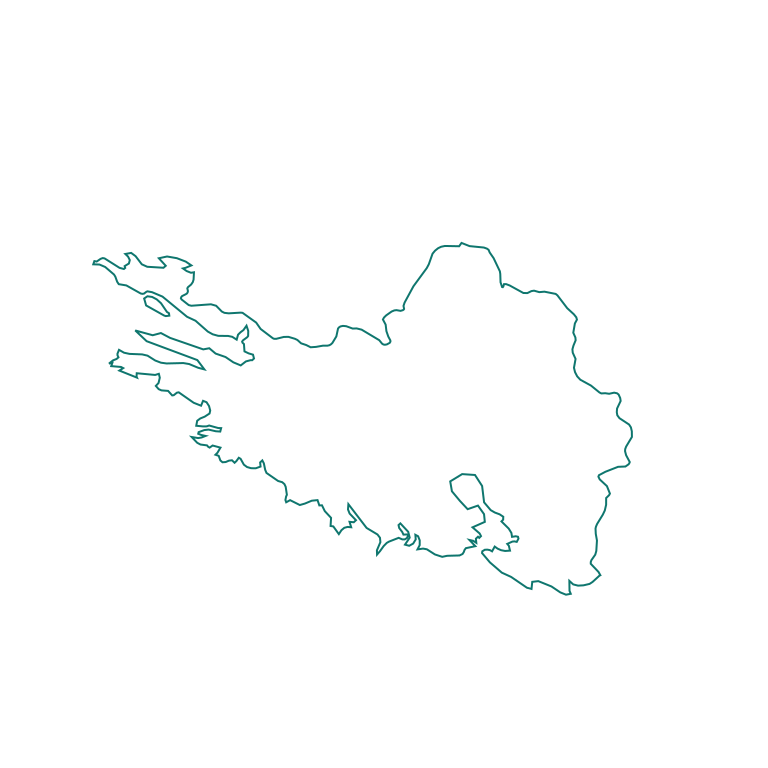 outline of Cork, rotated 47°
{"feature_id": "IRL-78", "entity_name": "Cork", "entity_type": "County", "adm_level": 1, "iso_a3": "IRL", "parent_name": "Ireland", "parent_adm1": "", "projection": "albers", "projection_center": [-9.037, 51.912], "detail": "fine", "context": "isolated", "style": "outline", "palette": "teal", "viewbox_px": 768, "rotation_deg": 47, "n_neighbors": 0, "source": "natural_earth", "source_scale": "10m", "svg_char_len": 6162}
<svg xmlns="http://www.w3.org/2000/svg" viewBox="0 0 768 768"><g transform="rotate(47 384 384)"><path d="M671.4,356.2L671.1,357.0L671.0,366.5L670.4,370.0L667.3,375.4L663.8,379.6L659.6,382.3L654.4,382.7L661.8,389.4L664.8,390.5L662.2,394.6L656.6,397.2L646.3,399.6L633.4,405.6L629.8,410.5L634.5,415.9L630.5,418.4L611.8,422.6L602.3,426.5L586.7,428.2L574.5,427.6L573.4,426.2L574.0,423.3L575.7,421.3L577.8,419.8L580.1,419.1L578.4,413.9L581.9,413.2L585.4,411.7L588.7,409.3L591.8,405.5L587.4,403.0L585.0,402.9L586.8,397.6L588.0,396.0L590.0,394.6L588.8,391.1L587.1,390.2L585.2,391.5L583.1,394.6L579.8,392.4L574.8,391.4L564.6,391.8L564.5,389.4L562.4,387.3L558.2,388.3L553.6,390.6L549.0,392.0L538.8,391.5L525.5,381.8L512.6,379.5L503.2,388.3L500.4,402.0L508.8,407.5L521.2,408.2L532.6,408.2L537.0,398.2L547.4,399.6L553.6,404.3L549.2,417.0L558.5,416.0L561.4,416.8L561.5,419.3L559.8,419.4L559.8,422.3L563.1,424.8L559.5,425.7L556.3,427.9L564.9,427.8L559.9,436.1L560.3,438.3L561.3,440.2L561.9,442.5L560.9,445.7L552.7,455.0L550.1,459.3L543.4,463.0L534.1,465.4L531.0,467.7L527.8,472.3L526.2,467.8L522.7,464.5L518.6,462.9L515.7,463.9L519.3,466.8L520.6,471.5L519.5,475.9L515.8,478.2L513.9,470.0L508.6,467.1L497.1,467.1L497.1,469.6L499.7,471.1L504.7,471.6L507.4,472.5L509.7,469.8L511.2,469.4L512.3,472.4L511.8,474.8L510.1,476.6L506.5,478.2L502.7,487.8L502.1,490.3L502.3,494.8L503.5,500.8L504.0,505.4L500.8,502.6L497.2,494.5L493.7,491.8L489.6,491.4L477.4,494.9L447.6,492.0L451.2,495.9L455.3,497.5L464.5,497.4L464.5,500.4L461.3,503.2L466.4,505.7L463.7,508.1L462.1,511.1L461.9,514.8L463.0,519.4L453.6,518.2L451.4,519.9L445.8,514.0L436.6,514.0L430.4,512.1L428.7,514.1L423.6,511.8L420.1,516.4L417.5,523.4L415.1,528.1L404.9,531.9L403.8,536.2L401.6,535.2L399.5,532.3L398.8,530.6L392.1,526.0L389.3,525.1L386.4,525.4L382.7,527.6L368.9,530.6L365.7,529.4L360.1,526.0L356.9,525.1L356.9,528.1L360.2,530.6L358.2,535.2L355.0,538.6L351.3,540.8L347.4,541.5L340.9,539.9L338.9,540.5L339.7,544.5L339.7,547.0L336.1,547.2L334.3,549.7L333.1,553.0L331.1,555.5L328.3,555.8L323.8,553.9L320.8,555.5L320.7,552.7L319.0,547.0L312.1,551.3L311.6,554.9L310.1,555.4L308.2,555.3L303.1,559.5L299.6,560.7L291.6,560.8L296.8,556.8L298.7,553.9L300.3,549.9L296.7,552.4L293.7,553.8L292.8,552.4L295.1,546.9L297.7,543.4L303.9,539.2L307.1,536.2L305.2,533.2L303.1,535.3L295.1,540.2L294.1,542.5L291.7,545.2L286.5,549.8L283.5,545.7L283.9,541.9L285.6,537.4L286.6,531.7L284.9,529.2L280.8,527.0L276.3,526.2L272.9,527.8L275.1,532.6L267.9,536.0L250.1,539.8L249.1,541.4L248.8,545.4L247.9,546.7L241.8,546.6L236.9,551.1L234.1,552.3L229.8,552.2L229.5,548.2L226.5,543.7L223.0,541.7L221.3,545.2L207.5,557.5L209.8,559.9L210.9,560.3L193.7,568.4L194.5,563.9L192.2,564.7L184.9,571.3L183.3,568.3L181.5,571.2L181.9,566.1L183.3,562.5L183.4,560.0L181.2,559.3L180.1,558.3L178.3,554.5L183.8,552.8L188.4,549.6L197.4,540.7L202.0,537.6L210.8,535.3L216.3,532.6L220.7,529.0L231.8,516.5L236.5,512.9L245.5,508.8L250.8,505.4L239.2,504.2L190.8,528.4L175.2,529.4L190.6,519.9L194.6,512.4L204.4,509.0L235.4,492.6L238.7,487.4L246.9,486.4L256.2,481.5L265.4,479.4L272.7,476.1L273.3,469.6L275.6,465.3L276.7,464.2L276.7,461.7L273.2,459.8L269.3,462.1L265.0,463.8L259.3,459.2L257.2,459.3L256.2,458.8L255.9,457.2L256.5,452.1L256.2,450.6L252.6,447.1L247.6,444.8L248.7,450.0L248.3,453.7L248.4,457.1L251.1,461.5L246.0,462.8L242.6,465.2L235.7,472.4L230.8,475.4L225.5,477.1L209.2,478.7L200.5,482.2L169.0,486.4L158.7,491.0L154.9,493.8L154.5,494.9L154.2,497.9L153.3,499.2L151.9,500.2L136.2,505.2L130.1,509.9L127.2,509.4L122.3,507.3L119.8,506.8L108.3,508.1L102.6,510.6L98.2,515.0L96.6,512.0L98.5,510.6L99.2,505.9L100.1,503.8L101.6,502.7L118.7,498.2L122.5,495.8L122.6,494.1L120.9,493.3L121.9,488.4L120.0,485.4L116.3,484.3L112.5,484.5L115.7,479.5L121.1,478.5L131.3,479.5L136.8,477.2L148.6,466.0L148.7,463.0L138.5,462.9L142.8,455.7L150.7,449.7L159.3,445.5L165.9,444.0L163.7,449.9L162.4,452.2L166.8,451.3L171.0,449.3L172.7,446.8L177.8,452.1L179.1,454.4L179.7,457.2L179.5,461.4L179.9,462.6L182.3,464.0L183.0,465.0L183.4,466.2L183.2,467.6L182.0,471.7L182.2,473.1L182.8,474.1L184.1,474.4L193.1,473.0L195.4,471.5L207.7,456.2L212.3,453.4L220.4,453.2L223.1,452.2L226.4,449.4L234.1,440.1L235.5,438.9L251.9,435.6L259.6,436.7L274.7,434.1L275.9,433.6L277.4,432.1L281.3,425.1L284.4,421.7L290.2,418.3L292.8,417.3L297.7,416.9L302.5,414.3L307.1,412.6L310.5,408.4L314.4,402.4L317.4,399.2L318.4,397.5L318.8,395.8L318.8,393.8L316.7,386.4L312.1,379.8L311.9,378.3L312.2,376.6L313.5,374.4L316.0,372.2L322.1,369.1L324.7,366.1L329.0,363.3L348.7,357.6L353.2,357.9L354.7,357.5L355.9,356.6L357.0,354.9L357.8,351.8L357.4,350.4L356.4,349.6L352.2,348.5L347.0,346.2L341.7,342.3L336.1,340.8L335.4,338.7L335.3,335.6L336.2,329.0L337.2,326.3L338.5,324.5L341.8,322.0L342.9,319.8L343.0,318.7L342.8,318.1L340.2,316.5L338.5,313.4L332.6,295.8L328.4,273.7L327.0,269.6L321.8,259.6L321.3,255.7L321.6,251.8L322.6,248.6L324.6,245.3L334.5,235.1L333.7,231.1L341.5,227.4L352.3,217.9L355.2,216.4L357.2,216.0L359.9,217.0L366.7,218.0L380.6,222.4L382.8,223.9L389.1,229.4L393.6,231.5L394.2,231.1L394.1,230.3L392.8,228.1L394.2,226.6L397.6,224.9L412.5,220.0L415.3,217.1L416.6,212.8L418.1,210.6L422.7,207.8L425.9,203.7L435.2,197.0L437.4,196.7L453.5,198.3L462.5,197.6L466.4,197.9L468.5,199.0L469.9,203.1L475.6,210.6L480.5,212.3L482.7,214.0L485.1,219.2L487.1,222.5L489.8,224.6L496.3,226.8L501.7,234.0L505.6,236.2L510.2,237.5L514.8,237.5L526.3,233.7L537.1,232.2L539.1,231.5L541.6,228.5L544.7,226.0L547.3,221.6L549.7,219.9L551.7,219.6L555.3,220.8L557.8,222.5L560.9,230.3L563.4,233.0L566.0,234.7L569.6,235.1L580.8,232.4L584.1,233.0L587.6,235.0L591.8,238.8L594.9,249.6L596.1,252.0L597.5,253.5L601.2,255.5L608.7,257.5L609.4,259.0L609.5,260.2L609.0,263.7L604.2,269.3L599.2,281.9L597.3,289.0L598.0,290.4L600.9,291.3L610.7,290.6L618.2,293.5L618.8,295.1L618.9,299.3L623.8,303.9L627.1,308.8L628.8,313.1L631.7,323.6L632.9,326.3L634.0,327.9L638.0,331.3L643.7,335.0L650.9,342.6L652.9,345.9L654.3,352.5L655.2,354.2L656.5,355.4L667.8,355.3L671.4,356.2ZM183.2,493.6L185.6,493.0L187.6,494.4L185.5,497.3L184.0,498.1L164.3,504.4L157.9,501.1L158.5,497.2L162.2,494.2L167.1,492.5L172.9,492.0L183.2,493.6Z" fill="none" stroke="#0f766e" stroke-width="2"/></g></svg>